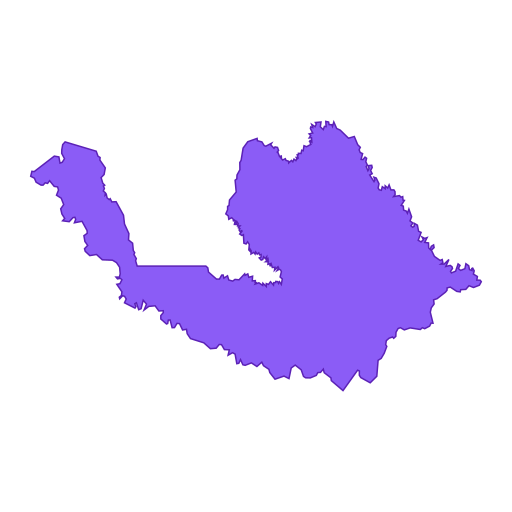 the district of Solano, Caquetá, Colombia
{"feature_id": "7082276B1556586451217", "entity_name": "Solano", "entity_type": "district", "adm_level": 2, "iso_a3": "COL", "parent_name": "Colombia", "parent_adm1": "Caquetá", "projection": "equal_earth", "projection_center": [-73.482, 0.241], "detail": "fine", "context": "isolated", "style": "filled", "palette": "violet", "viewbox_px": 512, "rotation_deg": 0, "n_neighbors": 0, "source": "geoboundaries", "source_scale": "gbopen_adm2", "svg_char_len": 6084}
<svg xmlns="http://www.w3.org/2000/svg" viewBox="0 0 512 512"><path d="M65.1,141.9L62.7,144.6L61.8,149.7L61.7,153.4L64.5,158.7L62.2,162.3L60.0,163.1L58.9,156.9L54.3,156.1L34.2,171.6L31.9,171.3L30.7,176.3L34.4,178.2L36.1,182.2L41.0,185.1L43.1,185.1L45.2,182.8L47.6,183.4L49.6,180.7L54.2,186.4L57.6,186.9L58.5,190.1L56.5,195.2L61.2,198.2L63.7,204.6L60.7,208.8L61.9,214.0L64.7,218.4L62.6,220.8L69.2,221.7L73.0,217.6L74.9,217.3L75.7,219.3L74.4,222.8L82.0,221.3L87.1,230.6L87.2,233.3L83.9,235.7L84.9,241.5L87.7,245.4L84.5,248.7L85.2,251.3L89.8,255.6L96.5,254.5L102.3,259.8L112.5,260.2L116.5,262.6L119.6,267.2L120.2,273.8L119.4,277.1L116.0,277.1L117.5,278.9L120.4,278.4L121.9,279.8L119.9,283.7L116.8,284.3L121.9,291.8L121.4,295.5L119.3,297.2L119.7,298.8L122.7,295.7L124.6,296.4L126.2,299.0L124.5,302.8L135.0,308.1L135.9,306.7L134.8,303.7L136.4,302.8L138.7,309.7L141.1,308.7L143.2,300.2L146.5,304.1L144.1,310.0L148.8,306.4L155.1,305.8L158.9,311.0L163.2,310.7L163.3,312.6L160.8,315.6L160.8,319.0L166.5,324.0L167.7,323.5L168.3,320.1L170.1,320.0L172.1,327.7L174.5,327.6L177.0,323.4L179.5,323.6L182.6,330.0L186.5,329.3L187.2,333.7L190.5,338.6L203.8,342.8L210.4,348.7L216.2,348.2L219.2,344.5L221.5,344.6L224.4,349.6L229.3,349.8L228.1,355.2L232.6,352.7L235.1,354.1L236.8,363.7L238.8,363.3L240.5,359.6L242.9,364.8L245.2,365.3L251.4,362.9L256.9,366.5L261.8,362.2L263.5,365.7L268.9,369.3L269.8,372.6L275.0,379.2L284.0,376.1L289.0,378.6L291.2,368.0L295.2,365.1L301.2,369.8L303.5,376.4L305.6,377.8L310.3,377.9L316.3,375.4L317.8,372.6L320.5,372.4L323.3,369.1L324.2,372.7L330.9,377.8L331.3,380.6L343.0,390.6L357.6,370.2L359.4,371.0L359.3,375.2L360.8,377.6L370.2,382.8L376.8,376.3L378.1,360.3L381.2,358.4L384.2,353.3L386.8,346.4L385.7,344.6L386.3,340.7L389.1,338.2L392.6,337.0L393.7,338.3L395.8,336.4L396.0,332.3L398.1,328.5L400.4,327.7L404.3,329.9L410.1,327.9L420.3,329.5L422.4,327.7L424.7,328.7L429.6,326.1L431.1,323.1L433.0,323.2L430.3,312.2L431.3,307.8L434.1,304.0L433.6,299.8L437.1,298.7L445.4,292.2L447.0,290.3L447.1,287.9L450.3,287.1L456.8,291.4L460.2,291.9L460.7,289.7L465.8,289.4L469.0,285.7L473.5,287.5L479.4,285.2L481.3,281.7L480.2,280.2L476.8,280.1L477.4,276.5L473.4,274.1L474.2,270.8L472.7,268.1L471.8,268.5L472.0,270.5L469.5,269.6L468.7,265.7L465.9,263.7L464.9,268.7L460.6,270.4L458.4,268.5L460.0,265.4L458.1,263.9L455.6,271.2L451.4,272.9L450.5,271.4L452.5,268.5L452.0,266.7L450.2,265.4L445.8,266.5L448.9,259.5L444.1,264.1L440.9,264.1L442.9,262.7L442.2,259.5L440.1,260.4L434.4,256.4L431.4,250.2L434.1,247.6L433.6,244.9L431.3,246.3L430.2,249.5L428.7,247.9L428.5,242.9L424.7,242.4L427.1,237.6L424.8,238.4L422.0,237.0L423.4,239.6L421.1,241.9L418.2,240.3L421.1,232.4L418.6,231.3L417.4,225.1L414.4,223.4L414.1,226.5L412.6,227.2L410.9,225.8L412.9,223.0L410.0,220.9L411.6,216.8L408.9,209.1L407.4,213.3L406.3,211.1L403.6,210.1L403.3,206.1L401.2,205.4L404.4,200.4L403.0,200.1L402.7,196.6L401.0,197.2L399.5,195.6L393.6,196.6L395.1,194.7L395.0,191.6L393.9,189.9L390.9,189.9L389.1,184.9L387.7,188.0L385.2,185.8L385.2,188.7L382.3,186.7L381.3,190.3L379.2,189.8L378.1,188.0L379.0,183.8L376.2,178.0L373.9,177.2L374.9,180.1L374.0,181.6L369.7,175.0L372.2,173.7L370.6,170.5L372.2,167.5L371.7,165.3L368.3,165.6L369.0,168.8L367.9,170.7L366.2,166.6L367.4,165.1L365.8,161.7L366.6,158.3L365.0,157.1L363.0,159.6L361.1,159.4L362.6,153.6L360.2,152.5L359.1,149.8L360.3,147.3L357.7,144.7L354.3,136.5L348.5,138.2L340.2,130.1L336.7,128.5L333.8,122.0L332.5,126.4L331.8,124.7L329.1,124.6L328.6,122.0L325.8,121.4L326.1,126.6L324.4,126.4L323.3,129.6L320.3,126.8L321.0,122.0L315.4,122.5L316.3,124.0L315.1,126.7L311.7,124.4L312.7,127.5L310.7,127.0L310.4,128.6L312.7,133.0L309.1,133.9L310.7,135.6L309.2,137.9L311.5,137.7L311.8,141.9L310.2,140.5L309.6,141.3L311.1,142.0L310.1,142.7L310.9,144.4L306.6,146.7L304.0,145.7L303.2,150.7L301.7,150.2L301.0,153.5L298.4,153.3L298.3,154.8L297.2,154.8L298.2,158.1L297.2,158.9L297.7,157.4L296.2,157.4L296.9,158.6L295.9,160.6L294.0,159.1L292.8,161.8L291.4,160.4L288.7,162.9L288.6,161.2L286.0,160.4L285.3,158.7L282.6,160.0L280.5,157.4L281.4,157.4L281.3,156.0L279.5,156.4L277.8,152.0L276.8,152.6L278.6,150.5L277.5,147.4L275.0,146.9L274.0,148.3L270.7,144.8L271.6,143.2L265.8,146.2L264.2,145.6L261.9,141.9L257.4,140.7L257.1,138.4L247.8,141.7L243.1,148.1L241.1,160.4L239.8,162.5L239.9,169.7L237.0,175.0L236.8,178.9L235.1,180.2L236.2,192.0L229.5,200.0L229.0,205.5L227.6,206.4L227.6,209.7L225.8,213.9L228.3,215.9L228.8,219.3L231.7,217.7L233.5,219.6L233.2,221.3L234.2,220.0L235.2,220.7L234.4,224.4L236.7,224.5L235.8,222.2L236.7,221.3L238.2,223.7L237.6,226.0L240.0,225.9L238.4,227.8L239.9,228.6L239.1,230.0L240.4,232.0L241.4,231.9L241.5,230.1L242.0,231.2L239.7,234.0L241.9,235.5L243.4,234.7L243.9,243.2L246.1,244.0L247.6,241.8L249.3,244.5L248.8,249.9L249.9,251.1L250.0,249.0L251.2,250.8L251.0,254.0L253.8,252.4L255.1,254.1L255.7,252.0L257.2,254.1L258.8,252.8L259.6,254.9L261.1,254.5L261.1,257.0L259.2,257.9L261.2,260.1L262.8,259.5L263.6,256.8L265.3,258.6L266.6,256.9L266.4,259.5L267.9,258.4L268.2,260.2L265.8,261.7L268.3,261.8L267.9,264.3L270.0,263.7L270.0,266.3L271.2,264.0L272.3,267.5L275.0,267.3L274.5,270.2L278.0,266.7L278.6,267.9L277.1,270.5L279.3,269.2L280.6,270.0L281.4,271.7L280.1,277.0L282.3,279.0L281.3,284.4L279.5,281.7L278.5,283.4L277.8,281.6L275.8,281.4L275.6,282.6L273.8,282.6L273.5,285.1L270.5,281.7L268.5,284.4L266.3,283.6L266.3,286.5L262.9,283.2L262.7,285.4L258.9,282.8L255.2,284.0L256.1,282.5L255.1,282.4L255.3,280.6L252.3,280.9L252.6,276.2L248.8,277.3L247.8,273.9L245.1,275.3L244.7,273.8L239.0,279.8L235.0,279.4L232.7,281.1L228.8,280.0L227.5,275.8L223.9,278.1L223.1,275.0L221.7,275.1L219.4,279.1L216.5,279.1L208.5,272.1L207.8,267.8L205.9,266.1L137.2,266.1L135.6,260.8L136.3,258.6L133.9,254.5L134.7,252.7L133.3,250.5L132.6,243.2L128.5,239.9L128.9,233.6L124.5,224.0L123.5,215.2L116.1,201.7L111.8,201.9L110.2,198.7L109.2,199.6L107.1,197.9L106.3,194.3L105.1,195.3L105.4,192.8L103.3,191.0L104.4,188.5L103.4,186.0L104.7,185.2L102.8,183.2L101.1,177.6L104.1,174.5L105.3,167.9L99.9,160.1L100.1,157.5L98.0,156.2L96.2,151.2L65.1,141.9Z" fill="#8b5cf6" stroke="#5b21b6" stroke-width="1.5"/></svg>